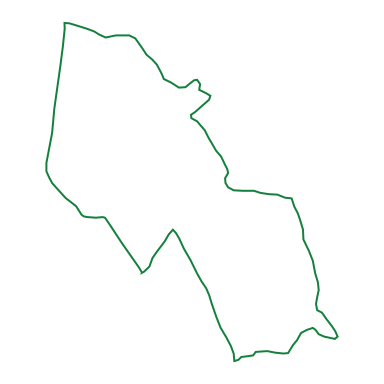 the district of Älvdalen, Dalarna, Sweden
{"feature_id": "70781695B70096269486185", "entity_name": "Älvdalen", "entity_type": "district", "adm_level": 2, "iso_a3": "SWE", "parent_name": "Sweden", "parent_adm1": "Dalarna", "projection": "mercator", "projection_center": [13.302, 61.645], "detail": "fine", "context": "isolated", "style": "outline", "palette": "green", "viewbox_px": 384, "rotation_deg": 0, "n_neighbors": 0, "source": "geoboundaries", "source_scale": "gbopen_adm2", "svg_char_len": 1691}
<svg xmlns="http://www.w3.org/2000/svg" viewBox="0 0 384 384"><path d="M64.5,23.0L64.7,28.7L62.9,46.2L60.4,65.6L57.5,86.1L54.3,108.9L52.1,133.0L46.4,163.0L46.4,171.3L49.3,177.8L52.3,183.3L65.5,197.9L76.1,206.2L81.6,214.8L83.8,216.4L87.4,217.1L96.0,217.7L102.5,217.1L105.0,217.7L108.6,222.9L121.7,242.8L139.3,268.0L141.9,272.5L141.8,272.9L143.9,271.8L149.4,266.6L152.5,258.0L156.3,252.5L164.9,241.1L168.7,234.5L172.9,229.7L176.0,233.1L179.1,238.3L183.9,248.7L190.5,260.1L197.1,273.5L201.6,281.5L206.1,288.1L209.2,295.3L211.6,303.3L216.4,317.1L220.6,327.8L226.4,337.5L230.9,346.1L233.7,353.7L234.3,361.0L238.5,359.8L241.3,357.0L247.6,356.2L253.1,355.4L255.8,351.9L267.2,351.1L275.5,352.7L283.3,353.5L288.1,353.1L293.2,344.8L297.1,340.1L301.0,333.0L306.9,329.9L312.8,327.9L315.6,329.9L318.7,334.2L324.2,336.6L334.9,338.9L337.6,336.6L335.2,331.1L331.7,325.9L326.6,319.3L321.9,312.6L317.2,310.2L316.0,303.9L317.2,297.2L318.7,290.2L317.9,282.3L315.2,273.3L312.8,260.7L308.9,250.9L303.4,239.4L303.0,229.6L300.3,220.6L297.9,213.5L294.4,206.8L291.6,198.4L285.1,197.7L277.3,194.6L269.1,194.2L260.5,192.9L254.0,190.8L242.8,190.8L233.7,190.3L228.1,187.3L225.5,183.0L225.1,178.2L228.1,173.1L227.3,169.2L225.1,164.9L221.2,156.7L216.0,150.6L211.3,142.4L208.7,138.1L204.8,130.3L199.6,124.3L197.1,121.3L191.4,118.2L191.0,114.8L194.9,112.2L202.7,105.3L209.1,99.7L210.4,95.8L206.1,93.2L199.2,89.8L200.1,84.1L197.1,79.8L194.0,80.3L189.7,83.7L185.4,87.2L178.9,87.6L175.5,85.4L170.7,82.4L163.8,79.0L161.7,73.8L156.9,64.7L152.2,59.5L146.6,54.8L141.8,47.5L135.3,38.4L129.3,35.4L115.9,35.4L105.6,37.5L99.1,34.5L94.3,31.5L87.4,28.9L77.9,25.9L69.3,23.3L64.5,23.0Z" fill="none" stroke="#15803d" stroke-width="2"/></svg>